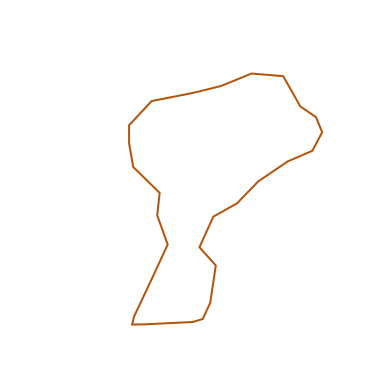 outline of Åstorp, Skåne, Sweden, rotated 298°
{"feature_id": "70781695B3781926649981", "entity_name": "Åstorp", "entity_type": "district", "adm_level": 2, "iso_a3": "SWE", "parent_name": "Sweden", "parent_adm1": "Skåne", "projection": "orthographic", "projection_center": [13.009, 56.163], "detail": "fine", "context": "isolated", "style": "outline", "palette": "amber", "viewbox_px": 384, "rotation_deg": 298, "n_neighbors": 0, "source": "geoboundaries", "source_scale": "gbopen_adm2", "svg_char_len": 531}
<svg xmlns="http://www.w3.org/2000/svg" viewBox="0 0 384 384"><g transform="rotate(298 192 192)"><path d="M84.9,261.1L102.7,260.1L138.3,247.5L146.7,224.5L180.2,222.4L203.2,237.1L232.5,245.5L264.0,262.2L284.9,278.9L292.2,278.9L305.9,278.9L309.5,274.5L316.3,266.3L318.4,247.5L337.1,218.1L324.5,188.9L299.4,168.0L280.6,147.1L253.4,113.7L221.3,105.1L205.3,113.7L186.5,128.3L176.0,163.9L155.1,172.2L134.2,195.2L96.5,197.3L54.7,199.3L46.9,201.4L52.6,211.8L77.6,253.7L84.9,261.1Z" fill="none" stroke="#b45309" stroke-width="2"/></g></svg>